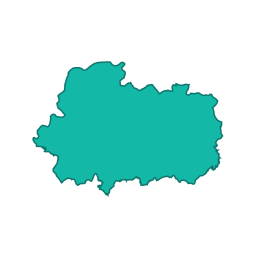 Huautla, Hidalgo, Mexico (orthographic projection), rotated 251°
{"feature_id": "50627088B43325373154771", "entity_name": "Huautla", "entity_type": "district", "adm_level": 2, "iso_a3": "MEX", "parent_name": "Mexico", "parent_adm1": "Hidalgo", "projection": "orthographic", "projection_center": [-98.258, 21.039], "detail": "fine", "context": "isolated", "style": "filled", "palette": "teal", "viewbox_px": 256, "rotation_deg": 251, "n_neighbors": 0, "source": "geoboundaries", "source_scale": "gbopen_adm2", "svg_char_len": 5724}
<svg xmlns="http://www.w3.org/2000/svg" viewBox="0 0 256 256"><g transform="rotate(251 128 128)"><path d="M73.6,205.6L74.7,205.0L75.0,204.4L76.9,204.7L77.1,204.2L77.7,205.8L78.1,204.8L82.1,203.2L82.4,204.0L82.0,204.3L82.4,204.9L82.4,205.4L81.8,205.3L81.7,205.8L82.4,206.5L83.3,206.6L83.8,206.2L85.9,206.2L88.0,209.1L88.0,212.3L89.8,214.8L92.8,214.2L95.2,214.9L98.2,215.5L98.6,216.1L99.2,215.8L99.8,217.0L100.3,216.9L100.9,217.7L101.4,218.0L102.2,217.9L103.1,218.5L103.6,217.6L106.0,215.3L107.1,214.8L110.3,213.9L112.3,213.8L116.7,214.6L118.4,214.7L119.5,214.5L121.4,218.6L122.7,220.2L124.2,221.4L124.7,221.5L126.5,220.8L129.6,218.4L132.7,217.8L133.1,216.6L132.8,216.6L132.6,216.0L132.6,214.6L134.0,212.1L134.0,210.8L134.5,209.4L137.5,206.7L138.2,206.3L138.8,203.0L138.6,202.2L140.4,198.6L139.8,198.2L139.6,197.6L139.5,196.3L139.5,195.7L139.7,195.3L140.9,194.3L141.7,194.2L144.1,196.0L144.8,197.2L146.7,198.6L148.2,199.1L149.1,199.8L149.5,198.4L150.5,197.0L150.6,194.2L151.2,191.5L154.2,187.8L153.9,187.5L152.3,187.2L154.1,184.8L153.0,183.5L152.7,183.6L152.2,183.0L151.2,182.7L148.5,182.3L148.6,180.5L149.6,179.9L149.9,179.1L150.5,178.3L150.8,177.3L150.4,177.0L151.3,174.5L151.3,174.0L150.9,173.1L151.0,172.0L150.0,169.1L161.1,164.9L161.4,164.3L161.6,162.5L162.0,161.2L161.6,160.1L161.3,160.0L161.6,159.3L160.6,157.9L160.6,156.4L160.1,156.0L160.0,155.3L160.3,154.8L160.1,154.1L160.1,153.4L159.6,153.1L159.5,152.7L160.0,150.7L160.4,150.1L161.8,149.4L162.1,148.8L163.1,148.0L163.9,146.7L164.8,146.4L166.3,146.2L167.4,145.5L170.1,145.3L169.8,144.2L170.0,143.6L170.4,143.1L170.4,142.8L170.0,142.0L169.7,140.8L169.0,139.1L168.6,138.6L170.3,135.7L170.3,134.9L170.7,134.5L173.0,135.3L175.0,135.6L176.2,138.0L176.4,139.7L176.7,140.5L180.0,142.9L181.4,143.3L182.5,143.3L184.7,141.5L186.5,141.4L187.2,142.1L188.9,145.3L189.6,145.8L190.2,145.7L191.4,144.8L192.0,143.9L191.9,142.2L191.0,140.3L190.5,136.9L192.0,134.6L192.8,133.7L196.0,132.7L197.2,129.9L198.0,126.8L198.6,125.2L199.3,122.0L199.7,121.2L199.8,116.9L198.6,112.3L196.9,108.0L196.7,106.7L196.8,105.6L197.5,104.4L199.1,103.8L201.0,101.2L202.3,96.9L202.4,95.3L201.5,92.7L200.5,90.6L199.6,89.5L199.1,89.1L198.0,89.2L197.6,89.0L195.9,87.1L194.5,85.9L189.2,82.3L187.3,81.7L184.1,80.1L183.0,77.5L182.3,74.5L181.4,72.5L180.6,72.2L178.4,72.3L176.5,71.8L175.6,71.3L175.3,70.9L174.5,68.9L172.2,68.5L169.5,68.5L168.2,69.3L168.1,69.6L166.0,70.8L163.8,71.4L161.2,72.6L160.3,72.3L159.5,70.5L159.8,68.4L162.0,64.3L162.8,63.5L163.5,63.6L164.5,63.1L164.9,62.6L165.3,62.0L165.3,60.5L164.9,59.5L164.0,58.4L162.0,58.0L156.9,55.2L155.8,53.6L155.3,52.5L155.4,51.9L156.5,51.0L158.3,48.1L157.7,45.8L156.4,44.1L155.3,41.8L154.9,41.5L152.1,40.5L149.7,41.1L149.1,40.9L148.5,40.3L147.6,38.5L147.8,37.9L148.3,36.9L149.3,36.5L149.5,35.9L149.5,35.4L148.5,34.7L147.8,34.5L145.7,34.7L144.9,34.9L142.8,36.0L140.4,35.6L138.9,39.6L138.1,40.7L137.3,40.5L137.1,40.6L137.5,42.0L137.4,42.3L136.8,42.2L136.3,41.7L135.1,41.9L135.1,42.4L135.8,43.6L135.4,43.7L134.2,43.1L133.0,41.5L132.0,43.4L132.0,44.3L131.8,44.8L131.1,45.8L128.7,46.9L128.7,47.6L127.8,48.0L127.3,48.7L126.7,48.6L126.0,48.7L126.1,50.0L126.5,50.7L123.5,53.0L122.3,51.9L122.0,52.0L117.4,49.3L113.6,43.9L111.5,43.3L109.4,44.1L108.1,45.0L106.1,44.8L103.1,46.0L100.5,46.8L97.9,47.2L98.0,48.2L98.9,49.1L99.3,50.4L100.2,54.6L100.1,55.2L99.7,55.6L98.6,57.8L97.6,58.0L97.8,58.4L97.1,60.0L96.5,60.5L95.5,60.9L93.7,60.7L91.3,61.1L90.2,62.0L90.9,65.0L89.9,68.0L90.1,69.9L90.3,70.1L91.0,70.1L91.5,70.5L92.2,72.7L91.6,74.4L89.8,75.7L89.6,76.2L92.7,79.3L93.6,79.7L94.3,80.4L95.5,82.3L95.1,83.0L94.0,83.4L90.1,83.4L89.2,83.0L88.9,82.7L88.1,83.2L87.7,83.2L87.4,83.6L87.3,83.9L87.8,84.6L86.6,85.5L86.5,85.1L85.2,86.1L84.8,85.8L84.7,86.3L82.1,84.1L82.6,83.4L82.1,83.1L82.7,82.6L82.3,82.3L82.9,81.9L82.7,81.7L83.0,81.1L82.2,81.0L82.6,80.7L82.3,80.4L81.9,80.8L80.2,81.7L80.0,82.2L79.2,81.4L78.9,82.2L77.6,83.6L74.8,85.0L72.7,85.4L71.2,86.9L72.8,86.7L72.1,87.9L73.1,89.3L75.7,90.7L76.1,91.3L76.4,92.8L77.1,93.5L77.4,94.6L77.3,95.2L77.5,95.6L79.4,96.2L80.9,97.8L82.1,99.7L80.3,102.6L81.0,103.7L80.2,103.9L80.9,105.3L80.8,106.2L79.9,108.9L79.5,109.3L79.2,109.2L78.9,109.5L78.6,109.5L79.1,109.9L79.1,111.4L78.6,111.8L78.4,113.4L77.4,115.2L79.1,120.0L78.4,119.9L78.3,121.0L77.5,121.0L77.5,121.4L76.9,121.3L76.5,122.4L76.3,122.4L76.3,122.7L75.0,122.8L74.0,122.3L73.7,121.9L73.4,122.1L73.0,121.7L72.3,122.3L71.5,121.8L71.0,122.4L70.4,122.0L70.2,122.3L69.8,122.0L69.8,122.3L70.4,122.4L69.1,122.8L69.0,124.3L68.5,126.5L68.9,128.2L68.7,128.2L70.4,129.8L70.3,130.0L70.4,130.6L70.9,130.7L71.0,131.0L71.2,131.4L70.9,131.5L70.7,132.2L71.1,133.0L70.9,133.2L70.9,135.0L72.0,136.0L72.3,137.4L69.0,138.0L69.0,139.6L69.7,141.8L70.2,144.9L70.1,146.8L69.6,148.3L69.8,148.9L69.4,149.8L68.3,150.9L67.8,151.0L67.6,150.7L67.8,152.4L67.2,152.7L68.5,155.2L67.3,156.4L66.5,156.7L65.2,156.5L64.3,156.9L64.1,157.8L60.6,158.7L59.8,159.5L60.9,161.0L61.2,162.1L61.1,162.7L60.6,163.0L60.3,163.9L59.1,165.6L58.5,165.8L57.6,166.5L56.6,166.6L55.8,167.2L55.6,168.9L55.2,169.7L54.1,170.9L53.7,171.6L53.6,172.4L54.0,173.0L56.7,174.7L58.4,178.8L59.3,180.1L59.3,180.6L58.8,182.5L58.9,183.5L59.5,186.2L60.2,187.6L61.2,188.1L61.3,189.1L61.9,190.1L62.4,189.8L63.5,192.4L63.4,193.1L64.3,194.6L64.1,194.8L64.4,195.3L62.6,195.5L62.6,194.5L62.4,194.4L61.6,194.7L61.6,194.3L60.8,195.0L60.6,195.0L60.6,195.5L60.9,195.4L61.1,196.2L60.9,196.8L62.3,198.3L62.1,199.1L62.6,199.4L63.0,198.8L63.3,198.8L62.6,199.8L62.8,200.4L63.5,200.2L63.8,200.5L63.7,200.6L63.8,200.9L64.6,201.4L64.7,202.2L65.2,202.8L65.6,202.6L66.1,203.4L66.5,203.3L66.8,202.8L67.9,203.3L68.5,202.8L69.0,203.2L69.0,203.9L70.3,204.4L70.0,205.1L70.7,204.7L71.9,204.6L72.8,205.1L73.0,205.0L73.6,205.6Z" fill="#14b8a6" stroke="#0f766e" stroke-width="1.5"/></g></svg>